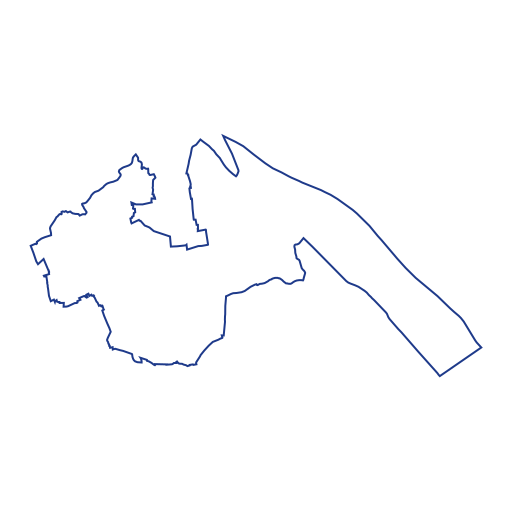 Chau Thanh, Trà Vinh, Vietnam (Mercator projection)
{"feature_id": "81297802B55022771369511", "entity_name": "Chau Thanh", "entity_type": "district", "adm_level": 2, "iso_a3": "VNM", "parent_name": "Vietnam", "parent_adm1": "Trà Vinh", "projection": "mercator", "projection_center": [106.348, 9.881], "detail": "fine", "context": "isolated", "style": "outline", "palette": "blue", "viewbox_px": 512, "rotation_deg": 0, "n_neighbors": 0, "source": "geoboundaries", "source_scale": "gbopen_adm2", "svg_char_len": 5992}
<svg xmlns="http://www.w3.org/2000/svg" viewBox="0 0 512 512"><path d="M30.7,245.8L33.4,252.8L36.3,261.4L38.0,264.2L43.6,259.0L48.3,270.1L48.5,270.1L49.1,271.8L49.1,272.0L48.8,272.1L49.1,274.1L43.9,275.7L44.3,276.5L45.4,276.2L45.7,276.6L46.4,276.5L47.3,282.5L47.1,282.8L47.7,285.4L47.7,286.8L48.0,288.2L49.0,295.9L50.8,301.2L53.9,299.6L54.9,302.0L55.1,301.2L56.6,300.1L57.0,301.6L58.1,302.0L59.5,302.0L59.6,303.0L63.8,302.9L63.6,306.7L66.4,306.6L68.1,306.2L74.7,303.1L76.7,303.0L77.5,302.5L77.3,301.2L80.4,299.8L79.2,298.1L83.8,296.1L84.7,296.0L84.9,296.4L85.5,296.4L85.7,297.0L86.1,297.2L86.5,297.6L87.5,297.2L86.4,294.7L88.4,293.7L89.4,295.9L91.4,294.7L92.1,295.8L93.6,295.3L94.0,295.8L93.8,296.1L93.8,296.6L94.6,297.5L96.5,301.6L97.5,302.5L99.0,305.8L100.1,305.2L101.2,306.3L101.9,305.5L102.2,305.5L102.4,305.7L103.6,309.3L103.8,309.6L102.3,310.5L104.1,315.8L107.3,323.5L109.5,328.4L110.7,331.8L107.8,337.9L107.1,339.8L107.2,340.7L108.1,342.1L108.4,343.7L109.0,344.2L109.2,345.8L109.7,345.8L110.1,347.8L112.6,347.2L112.8,349.5L114.1,349.0L115.3,348.8L120.1,350.2L123.1,350.9L131.9,354.0L132.1,354.3L132.5,357.0L133.1,358.8L133.8,360.1L135.0,361.3L137.4,362.2L141.6,362.5L141.6,361.2L141.0,358.6L140.5,357.8L146.9,359.9L147.0,360.8L148.9,361.4L151.5,362.9L154.0,364.8L154.9,365.2L155.2,364.9L155.1,364.1L166.9,364.4L166.8,364.7L171.7,364.3L172.5,364.1L173.9,363.0L176.7,363.0L176.8,362.8L176.4,361.9L177.0,361.5L177.5,362.2L178.9,363.5L179.9,363.7L182.1,363.8L183.6,364.6L186.0,365.2L187.5,366.1L189.7,365.4L189.7,364.9L192.9,364.4L193.2,364.8L193.4,364.9L196.4,364.3L196.1,363.1L196.2,362.3L200.0,356.4L200.6,355.1L204.3,350.5L208.7,345.7L212.8,341.9L218.4,339.7L220.2,338.7L222.3,337.9L222.4,337.7L221.8,335.4L223.7,335.5L225.0,321.8L224.9,319.7L225.0,316.4L225.2,314.4L225.3,305.9L226.0,297.6L226.0,296.3L228.3,295.3L230.9,294.0L233.2,293.2L236.5,293.0L241.6,292.2L244.7,291.0L250.6,286.8L254.8,284.7L256.5,284.2L257.0,285.0L257.6,285.1L259.8,283.9L261.9,283.7L264.2,283.2L265.0,282.9L268.2,281.1L268.8,280.5L269.7,279.9L271.6,279.3L271.9,278.9L273.1,278.4L275.0,277.9L277.7,277.9L279.2,278.4L279.5,278.3L280.1,278.6L282.1,280.0L283.7,281.6L285.8,283.2L286.1,283.4L287.2,283.4L288.1,283.7L289.5,283.8L290.7,283.8L292.0,283.1L292.7,282.5L294.6,281.3L296.7,280.5L299.4,280.1L301.0,280.1L303.0,280.4L303.4,279.6L303.8,277.8L305.1,273.3L305.1,272.5L304.1,270.8L302.7,269.5L301.7,268.1L299.6,260.8L299.1,259.9L296.8,258.5L296.5,258.1L296.4,256.6L295.3,252.9L295.1,249.5L294.4,246.9L294.4,246.1L294.6,245.2L295.2,244.7L295.8,244.5L297.1,244.4L298.7,243.7L299.7,242.8L303.5,238.1L312.4,246.7L346.3,281.1L348.3,282.6L350.6,283.6L355.1,285.3L358.5,286.8L364.7,290.9L366.8,292.6L368.9,295.1L371.1,297.1L371.9,298.1L374.1,300.1L385.8,312.3L386.9,313.7L388.4,317.3L389.6,319.1L398.2,329.0L401.5,332.4L418.1,351.5L437.4,373.1L438.7,374.9L439.8,376.1L481.3,347.5L476.7,342.5L475.2,340.4L463.7,321.5L460.9,318.0L458.7,315.8L454.2,312.0L450.2,308.4L437.5,296.1L415.7,277.9L405.5,267.8L397.3,258.7L381.6,240.2L377.7,235.9L369.4,225.8L356.9,213.5L352.7,209.9L337.5,199.0L330.6,194.8L324.7,192.0L321.0,190.1L302.3,182.6L299.1,181.0L291.5,177.7L288.5,176.2L281.5,172.4L272.8,168.3L265.3,163.3L253.7,154.5L243.3,146.2L235.6,141.9L223.2,135.9L225.0,140.0L232.0,153.7L238.4,170.1L238.5,171.3L237.7,173.5L236.8,175.4L236.0,176.3L233.1,174.2L229.2,170.8L225.9,167.3L223.8,164.5L220.8,159.7L219.9,158.1L216.3,154.3L213.9,150.8L212.0,149.2L209.0,146.0L203.2,141.7L200.4,139.5L196.2,144.7L192.9,146.5L192.3,147.2L191.8,148.4L190.6,154.9L189.1,160.7L188.6,163.9L186.4,173.4L187.4,173.5L187.8,174.8L188.1,174.7L188.3,175.0L188.1,175.3L190.0,181.1L190.6,183.7L190.7,184.8L190.2,186.5L190.7,186.6L190.9,187.9L190.1,188.0L189.4,188.4L189.8,192.1L191.0,198.9L191.9,198.7L192.0,199.3L192.6,209.0L193.7,219.3L193.8,219.7L195.6,219.7L196.6,224.9L197.9,224.9L198.0,228.9L197.7,229.0L197.9,230.1L197.8,231.1L205.7,229.6L205.9,229.8L206.1,232.1L207.8,242.8L208.0,244.7L207.9,244.8L201.8,245.9L198.2,246.1L187.1,249.6L186.5,244.7L185.8,245.3L183.6,245.6L177.1,246.3L170.9,246.6L170.0,236.5L153.8,231.1L149.6,227.6L148.4,227.0L144.7,225.5L140.6,220.9L140.1,220.9L139.5,220.7L138.9,219.9L131.6,223.4L131.2,222.5L130.4,218.5L132.1,217.8L132.1,216.7L133.5,216.2L133.9,213.0L135.2,212.3L134.9,208.9L133.5,208.9L133.0,208.6L133.4,204.9L131.8,205.0L131.4,202.5L136.0,204.4L142.6,204.4L151.7,202.4L151.4,201.1L151.6,198.4L155.1,198.8L155.0,197.9L154.4,196.5L153.9,196.4L153.9,195.8L153.6,195.7L153.7,194.5L152.5,194.2L152.9,191.6L153.1,189.7L152.6,187.7L152.9,186.3L152.9,183.2L153.1,180.3L153.2,179.9L155.4,177.7L154.9,176.3L153.8,174.2L150.3,175.0L149.6,174.9L149.0,173.7L148.4,173.3L148.3,173.0L148.2,169.4L148.1,168.7L146.5,168.8L145.6,168.6L144.1,167.5L143.7,167.3L143.3,167.3L143.1,167.4L142.4,168.8L142.1,169.0L141.8,168.9L141.6,168.6L141.5,167.7L141.9,164.5L141.6,163.0L141.4,162.5L140.5,161.7L139.2,161.3L138.7,161.1L138.3,160.6L138.1,159.8L138.1,158.1L138.0,157.6L135.8,154.4L134.0,156.2L133.0,157.5L132.7,158.7L132.4,161.0L131.9,162.8L131.1,163.9L129.6,165.0L128.1,165.7L123.5,167.3L121.9,168.2L119.4,170.0L119.1,170.7L118.9,171.6L119.2,172.4L120.6,174.3L120.7,175.0L120.4,176.0L119.5,177.3L117.5,179.9L116.7,180.3L113.3,181.7L110.3,182.4L108.5,183.0L107.5,183.4L106.3,184.1L104.2,185.9L103.2,187.2L98.5,190.7L94.9,192.0L93.3,193.2L91.4,195.3L90.1,197.8L88.2,200.2L86.7,202.0L86.0,202.6L84.4,203.3L82.8,203.5L82.1,203.9L82.1,204.3L82.2,204.9L83.7,207.3L83.9,208.1L86.5,211.9L86.5,212.7L85.1,214.4L84.0,214.2L82.4,214.3L79.7,215.6L79.2,215.0L78.9,214.4L78.5,214.1L78.1,214.0L75.3,213.9L72.6,213.3L71.4,212.5L70.6,211.9L70.5,211.6L70.2,211.5L67.6,212.4L65.9,211.1L65.5,211.2L64.6,211.8L62.6,211.4L61.8,211.8L61.5,212.0L61.7,213.3L61.5,214.2L61.2,214.3L60.1,214.0L59.5,214.2L58.0,215.8L57.6,216.4L56.5,217.1L54.8,220.2L50.6,226.4L50.1,227.8L50.0,228.6L51.0,233.0L51.1,235.2L44.8,237.2L41.4,238.6L36.9,241.8L37.0,243.5L36.3,244.0L36.0,243.7L35.2,244.0L35.1,243.9L30.7,245.8Z" fill="none" stroke="#1e3a8a" stroke-width="2"/></svg>